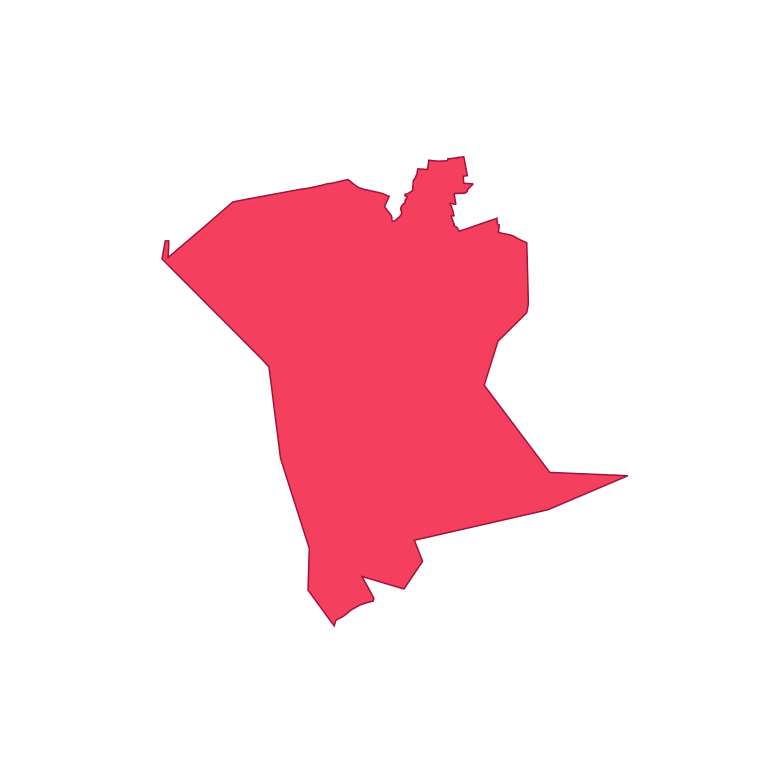 outline of Santa Bárbara, Chihuahua, Mexico, rotated 296°
{"feature_id": "50627088B80786091806362", "entity_name": "Santa Bárbara", "entity_type": "district", "adm_level": 2, "iso_a3": "MEX", "parent_name": "Mexico", "parent_adm1": "Chihuahua", "projection": "mercator", "projection_center": [-105.704, 26.798], "detail": "fine", "context": "isolated", "style": "filled", "palette": "rose", "viewbox_px": 768, "rotation_deg": 296, "n_neighbors": 0, "source": "geoboundaries", "source_scale": "gbopen_adm2", "svg_char_len": 4719}
<svg xmlns="http://www.w3.org/2000/svg" viewBox="0 0 768 768"><g transform="rotate(296 384 384)"><path d="M409.3,126.8L399.1,129.6L398.2,132.3L394.3,143.3L389.7,156.6L385.1,170.1L384.8,170.9L375.4,197.9L375.2,198.5L370.2,213.1L363.7,231.9L357.6,249.4L353.6,261.0L353.1,262.4L352.6,263.8L348.8,273.2L329.0,286.2L306.4,300.9L287.3,313.5L286.1,314.2L285.6,314.6L285.2,314.8L271.8,323.6L268.9,326.4L252.5,342.0L203.4,389.0L181.7,398.7L171.4,403.4L165.4,406.1L146.4,442.1L144.8,445.3L149.3,444.5L151.0,444.6L157.9,449.6L166.8,453.7L174.9,459.3L179.4,463.9L182.3,467.2L184.0,469.4L185.6,469.1L186.8,469.0L188.8,466.3L195.7,456.7L201.3,448.6L208.5,491.8L241.5,496.4L256.9,479.8L342.9,586.5L408.4,643.3L377.2,571.7L400.1,526.8L402.2,522.7L426.8,474.6L472.4,467.7L510.6,481.0L519.0,478.8L554.8,460.2L573.7,450.3L573.5,449.7L573.3,440.6L573.7,434.8L573.4,432.9L572.7,429.6L571.6,425.4L570.9,422.5L570.6,421.3L570.5,421.0L570.4,420.7L570.6,420.2L570.9,419.9L571.3,419.9L571.6,419.9L571.9,420.1L572.1,420.0L572.4,419.9L572.7,419.6L573.2,419.2L573.9,418.8L574.4,418.8L574.9,419.1L575.2,419.1L575.5,418.9L575.7,418.5L575.9,418.3L576.2,418.2L576.8,418.2L577.4,417.9L577.6,417.4L577.5,417.1L577.2,416.9L577.2,416.5L577.7,415.7L577.9,415.5L578.3,415.3L578.9,415.0L579.4,414.9L579.9,414.7L580.1,414.4L580.3,413.8L580.5,413.5L580.9,413.3L581.4,413.2L582.5,413.0L573.9,404.2L565.9,396.3L556.2,386.6L555.9,386.2L554.3,384.6L554.7,384.1L554.9,383.5L555.3,382.9L555.8,382.3L556.7,381.1L556.9,380.7L556.9,380.1L556.8,379.8L556.8,379.5L556.7,379.1L557.0,377.9L557.2,377.3L557.3,377.1L557.8,377.3L558.1,377.3L558.4,377.1L559.5,375.8L561.6,373.5L564.2,370.8L564.4,370.7L564.7,370.8L565.3,372.2L565.6,373.0L565.9,373.1L566.3,372.9L567.6,371.8L569.1,370.6L570.4,369.4L570.9,368.7L571.3,368.2L572.4,367.5L573.3,366.6L573.8,366.3L573.8,366.2L573.7,365.8L573.7,365.5L573.9,365.3L574.2,365.2L574.5,364.9L574.7,364.3L574.9,364.1L575.2,364.1L575.3,364.1L575.5,364.5L575.8,365.3L576.0,366.2L576.1,367.6L576.9,369.6L577.1,369.7L577.3,369.6L578.5,368.8L580.8,367.1L583.6,365.2L585.8,363.6L587.2,365.9L588.5,368.4L589.6,370.6L590.9,372.9L591.3,373.3L591.9,373.7L592.8,374.1L593.4,374.3L593.7,374.3L594.3,374.1L594.7,374.0L595.0,373.9L595.5,373.9L595.8,374.0L602.4,376.3L602.8,375.9L602.8,375.6L602.5,375.2L602.2,374.5L602.0,374.1L601.8,373.5L601.5,372.8L599.5,368.0L599.4,367.8L599.6,367.6L605.4,364.2L605.5,364.2L605.6,364.3L607.8,367.6L623.2,356.1L623.1,355.8L620.5,352.3L620.5,352.1L620.5,351.9L620.6,351.7L620.5,351.4L620.4,351.2L620.0,351.1L619.8,351.0L619.1,350.1L618.3,348.8L617.3,347.4L614.9,343.6L614.7,343.4L614.7,342.9L614.6,342.7L614.4,342.6L614.0,342.7L613.7,342.9L613.4,343.1L613.1,343.1L612.7,342.9L612.3,342.8L611.3,341.1L610.9,340.3L610.0,338.6L609.9,338.4L609.7,338.1L609.4,337.6L609.1,337.0L608.8,336.5L608.3,335.6L608.1,334.9L607.7,334.1L607.5,333.6L607.1,332.8L607.0,332.3L606.4,330.8L605.9,329.3L605.3,327.7L605.0,327.1L605.0,326.6L605.0,326.3L604.8,326.1L604.6,326.2L604.4,326.3L604.2,326.4L603.8,326.5L602.6,326.9L601.4,327.3L599.2,328.0L598.0,328.4L596.2,328.9L596.0,329.0L595.7,328.8L595.6,328.3L595.4,327.7L595.1,327.1L594.8,326.4L594.4,325.4L593.9,324.2L593.3,323.1L593.2,322.6L593.1,322.2L592.9,321.7L592.7,321.2L592.6,320.9L592.4,320.3L592.3,320.2L592.0,320.2L589.9,320.6L588.8,321.0L587.9,321.5L584.8,321.5L583.6,322.0L583.2,322.0L582.7,321.8L581.0,321.3L580.2,321.2L578.1,321.7L576.3,322.6L573.7,323.5L572.2,324.3L570.9,324.6L569.6,324.6L568.9,324.1L567.8,323.2L566.5,322.7L565.4,321.7L564.5,320.6L563.9,320.0L563.4,319.8L562.8,320.0L562.4,320.2L562.3,320.9L562.4,322.0L562.5,322.7L562.2,322.9L561.9,323.0L561.0,323.0L560.2,322.8L559.5,322.4L559.0,322.4L558.4,322.4L557.0,323.0L555.9,323.3L555.4,323.5L555.2,323.5L555.0,323.2L554.6,322.6L554.2,322.3L553.5,322.1L553.0,322.1L551.9,321.8L550.1,321.8L548.8,322.1L548.2,322.6L547.3,323.3L547.0,324.0L546.1,324.5L544.8,325.1L543.6,325.1L542.5,325.0L541.5,324.6L540.7,324.5L539.7,324.2L539.2,323.8L539.0,323.5L538.7,323.3L538.2,323.5L538.0,323.4L536.9,322.8L535.9,322.5L535.8,322.4L535.6,322.3L534.9,321.7L534.3,320.9L534.3,320.1L534.5,319.5L535.1,319.1L536.2,318.5L537.0,318.1L537.6,317.7L538.3,317.0L539.0,316.0L543.4,307.2L543.7,306.7L554.9,306.4L554.6,300.0L553.9,295.7L550.7,282.7L550.1,280.5L549.4,273.9L549.5,273.6L550.7,267.7L552.0,262.0L541.4,248.8L540.4,247.3L540.1,246.7L539.8,246.2L539.1,245.2L538.2,244.2L536.3,242.0L533.9,239.2L527.9,231.6L525.0,227.5L524.4,226.6L523.3,224.8L503.2,197.6L490.6,180.6L489.1,178.6L488.3,177.6L487.3,176.2L484.6,172.6L481.5,168.4L468.4,162.8L459.5,159.0L457.7,158.2L454.0,156.6L453.3,156.4L431.5,146.9L403.1,134.5L411.4,131.0L418.3,127.8L416.8,124.7L409.6,126.7L409.3,126.8Z" fill="#f43f5e" stroke="#9f1239" stroke-width="1.5"/></g></svg>